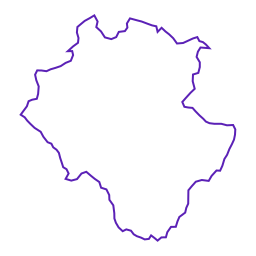 São Lourenço da Serra, São Paulo, Brazil (Robinson projection)
{"feature_id": "56859067B37317511483165", "entity_name": "São Lourenço da Serra", "entity_type": "district", "adm_level": 2, "iso_a3": "BRA", "parent_name": "Brazil", "parent_adm1": "São Paulo", "projection": "robinson", "projection_center": [-46.936, -23.856], "detail": "fine", "context": "isolated", "style": "outline", "palette": "violet", "viewbox_px": 256, "rotation_deg": 0, "n_neighbors": 0, "source": "geoboundaries", "source_scale": "gbopen_adm2", "svg_char_len": 1874}
<svg xmlns="http://www.w3.org/2000/svg" viewBox="0 0 256 256"><path d="M67.8,51.2L72.2,51.1L73.1,55.1L70.8,60.8L65.6,62.9L60.7,66.1L55.4,67.9L50.6,69.3L46.5,71.2L41.6,70.5L37.2,70.4L35.1,74.7L36.3,80.2L38.7,86.4L38.1,94.0L36.8,98.8L32.2,99.7L28.6,101.2L26.9,106.3L23.4,111.0L20.7,114.7L24.7,117.3L27.2,120.6L30.3,123.8L34.6,127.9L40.7,131.8L43.4,136.8L47.6,142.2L51.4,143.7L53.2,147.3L56.5,149.7L58.9,152.9L60.2,158.0L61.9,163.1L63.2,167.2L66.5,169.2L68.6,173.5L65.6,178.9L71.3,180.6L77.0,179.1L81.5,173.5L86.3,171.8L91.1,175.9L94.8,178.9L99.3,182.0L101.1,187.7L106.4,189.4L109.2,195.0L109.4,199.8L113.3,205.3L114.3,213.2L114.4,218.5L115.9,222.8L118.6,227.4L122.7,231.2L126.3,229.4L131.0,230.7L133.7,234.3L136.9,236.2L141.0,237.6L144.7,239.4L148.9,238.9L151.1,235.4L154.5,238.0L157.6,240.6L161.4,237.4L165.9,237.3L167.3,232.2L171.0,226.9L175.8,226.8L177.5,221.3L179.4,216.9L185.2,212.6L186.3,207.8L188.2,203.7L188.3,196.3L188.4,190.3L191.7,186.3L195.8,181.7L201.8,180.0L208.7,180.9L211.6,175.9L216.5,170.5L220.1,170.7L222.4,165.7L224.4,159.0L227.1,154.8L229.4,149.0L231.9,144.2L234.0,139.6L235.0,134.7L235.3,129.4L233.1,125.0L227.0,125.3L221.3,123.8L214.3,123.8L209.5,123.2L205.9,121.6L203.3,118.8L199.6,115.5L195.6,111.4L192.5,107.9L188.2,107.5L184.4,106.8L182.3,102.0L185.7,98.1L190.6,92.7L194.7,88.8L192.7,81.2L193.0,74.5L198.3,72.9L199.8,67.1L199.8,62.3L196.6,56.9L197.9,51.7L200.5,47.5L209.3,48.2L205.9,44.5L202.9,42.1L199.4,41.1L197.3,37.1L193.1,38.4L189.6,40.0L183.1,43.0L177.0,43.5L173.2,38.2L169.1,34.3L165.5,31.5L161.6,27.8L157.6,31.9L156.3,26.3L152.1,25.4L147.7,23.8L141.6,21.5L137.3,20.4L130.0,18.4L126.9,23.5L127.4,27.6L124.9,31.1L118.8,31.9L116.2,37.1L111.3,39.1L104.9,37.4L101.0,31.4L96.3,27.1L97.6,21.5L94.3,15.4L89.8,18.1L84.7,20.9L81.2,23.8L77.4,27.0L76.9,32.5L78.5,38.0L78.0,42.8L73.1,46.4L67.8,51.2Z" fill="none" stroke="#5b21b6" stroke-width="2"/></svg>